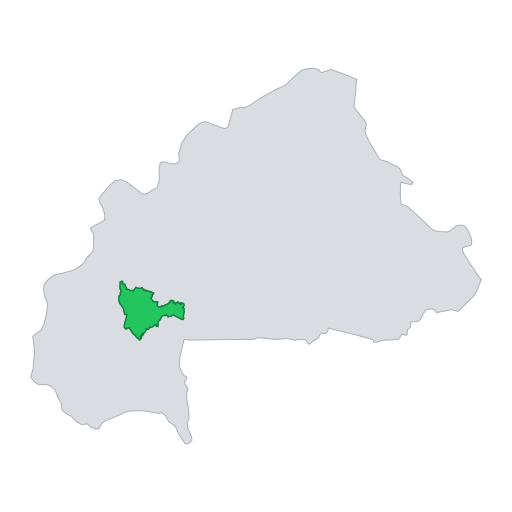 Tuy, Tuy, Burkina Faso shown in context
{"feature_id": "67063806B52798800731394", "entity_name": "Tuy", "entity_type": "district", "adm_level": 2, "iso_a3": "BFA", "parent_name": "Burkina Faso", "parent_adm1": "Tuy", "projection": "natural_earth1", "projection_center": [-3.482, 11.43], "detail": "fine", "context": "in_parent", "style": "filled", "palette": "green", "viewbox_px": 512, "rotation_deg": 0, "n_neighbors": 0, "source": "geoboundaries", "source_scale": "gbopen_adm2", "svg_char_len": 8636}
<svg xmlns="http://www.w3.org/2000/svg" viewBox="0 0 512 512"><path d="M396.8,339.6L382.1,340.3L376.8,342.1L373.6,342.2L373.4,340.6L373.1,339.7L354.5,334.5L341.6,331.5L328.4,328.1L327.7,331.3L325.8,333.3L322.9,333.5L320.9,333.0L319.6,335.4L317.5,338.7L314.4,340.3L311.4,342.2L309.8,344.0L308.5,344.0L305.5,339.9L301.5,339.5L294.0,340.2L290.7,339.1L286.1,338.5L275.3,339.4L257.9,337.7L255.1,338.6L254.3,339.3L237.2,339.5L218.3,339.7L202.5,339.9L188.7,340.1L188.7,339.4L184.3,339.3L183.8,340.7L179.9,357.2L179.4,366.2L181.5,371.8L183.9,375.4L186.5,376.8L186.7,378.9L184.6,381.5L184.8,384.1L187.3,386.9L187.9,389.7L186.6,392.8L186.9,400.0L188.8,411.5L188.9,419.0L187.1,422.4L187.9,428.2L191.4,436.5L192.0,440.0L190.7,441.6L187.9,443.7L185.1,443.7L181.7,438.7L180.3,436.4L177.6,431.4L175.3,426.3L172.2,424.1L169.1,422.0L165.4,415.6L161.8,412.5L158.1,413.4L152.6,412.2L141.4,410.6L129.5,411.0L124.5,412.5L119.6,414.9L107.2,420.0L102.3,422.6L98.6,429.1L94.4,428.9L90.2,426.8L87.5,423.9L81.9,424.6L76.4,421.7L71.1,416.1L67.2,414.2L62.2,410.2L60.9,402.5L57.7,397.0L54.9,389.5L50.6,386.1L45.6,384.3L38.8,384.7L34.3,381.7L30.7,377.3L31.7,373.5L33.3,368.0L33.5,362.8L34.5,354.3L33.9,343.7L32.7,336.4L36.5,333.3L40.8,330.5L43.6,325.5L46.4,314.2L47.6,304.5L46.7,300.9L45.3,298.0L44.1,293.8L43.5,288.7L44.3,284.2L47.6,280.1L51.7,276.6L54.7,274.9L62.5,273.2L72.2,270.6L77.8,267.7L81.9,264.8L84.2,262.5L86.6,257.7L90.3,254.1L93.2,250.4L93.7,240.0L93.6,234.1L91.5,230.9L90.3,228.1L104.7,220.1L104.8,214.4L102.8,208.0L100.0,202.9L99.0,198.4L103.0,193.2L106.5,189.3L109.1,186.0L114.8,180.9L120.7,179.6L126.0,181.5L141.8,193.5L144.5,194.2L147.8,193.3L151.9,190.2L157.3,187.7L159.3,179.7L159.1,168.0L160.4,162.6L163.2,161.7L172.3,163.9L174.6,164.0L177.3,163.3L179.2,161.2L179.1,157.4L178.7,154.1L181.6,143.2L187.0,135.0L197.9,124.8L201.3,122.7L205.3,121.7L224.8,128.7L228.0,127.0L232.7,109.6L238.0,107.9L244.4,107.6L248.5,106.1L250.6,104.9L259.9,98.3L276.2,89.3L285.0,85.4L286.8,84.0L293.0,77.6L301.4,70.3L306.7,68.8L314.1,68.3L318.7,69.5L320.0,71.6L321.5,72.6L331.1,69.5L344.9,74.5L356.9,79.3L356.1,82.4L356.1,87.9L355.1,96.5L353.9,106.9L358.9,113.6L364.8,120.8L366.4,123.6L364.9,130.7L366.0,134.8L369.2,141.8L374.5,150.6L380.0,159.6L383.7,160.8L387.3,161.5L389.5,163.2L392.7,164.7L395.9,165.8L398.7,167.7L400.4,169.7L402.7,175.3L408.9,179.0L413.2,182.6L411.5,184.5L406.1,183.7L401.1,182.1L400.5,184.8L400.3,195.0L401.1,203.6L402.3,204.7L407.4,206.3L419.5,217.4L430.4,227.8L434.1,230.6L440.2,231.6L446.9,232.0L449.8,231.1L456.3,225.8L459.8,225.2L463.0,225.4L464.8,226.2L467.9,230.5L470.9,237.0L471.8,241.8L471.5,244.4L470.5,245.4L465.2,246.6L462.9,247.6L462.3,249.0L463.1,252.2L464.2,254.3L470.1,263.7L478.7,276.4L481.3,279.6L479.8,283.4L475.6,293.3L472.4,297.4L458.2,311.4L451.2,309.7L436.5,312.6L434.3,309.4L430.9,308.9L426.6,309.5L425.1,310.7L424.6,312.1L423.1,314.0L420.5,319.6L418.4,321.0L415.8,321.8L412.6,321.7L410.7,322.4L410.7,325.2L410.1,327.6L408.0,328.8L407.1,331.5L407.3,334.1L406.0,335.3L403.2,334.6L401.6,333.9L400.1,337.3L398.2,339.6L396.8,339.6Z" fill="#d9dde1" stroke="#a8b0b8" stroke-width="1"/><path d="M142.3,287.9L142.1,287.8L141.9,288.0L141.6,287.8L141.0,288.2L138.9,288.3L137.4,288.0L135.9,287.3L135.8,287.5L135.7,287.8L135.4,288.1L135.2,288.6L134.6,289.2L134.4,289.5L134.0,289.8L133.7,290.3L133.4,290.6L133.1,291.0L132.6,290.6L131.8,290.3L131.2,290.4L130.8,290.6L130.3,290.6L129.9,290.5L129.7,290.2L129.4,289.9L129.0,289.6L128.2,289.5L126.4,289.0L126.5,288.9L126.6,288.5L126.4,287.5L125.6,286.9L125.6,286.6L125.2,286.1L125.3,285.6L125.1,284.5L124.4,284.1L123.9,283.9L123.2,283.9L123.0,283.7L122.5,283.5L122.4,283.2L122.8,282.4L122.8,282.0L122.8,281.8L122.6,281.4L122.4,281.4L122.2,281.2L121.5,281.2L121.2,281.5L120.8,281.8L120.5,281.9L120.3,281.9L120.5,282.6L120.2,282.9L120.0,283.3L119.9,287.1L120.0,287.7L120.0,288.4L120.2,288.7L120.1,288.9L120.5,289.5L120.9,291.4L120.3,292.7L120.2,293.1L120.2,293.5L120.4,294.7L120.4,295.0L118.8,296.2L118.8,297.0L119.0,299.9L118.9,300.7L119.6,303.2L123.5,308.5L124.7,314.4L127.0,314.5L124.2,325.4L124.2,327.2L124.7,327.7L124.9,328.1L125.0,328.6L125.7,328.9L125.9,329.1L126.2,329.1L126.6,328.9L126.8,328.4L127.2,328.5L127.4,328.3L128.0,328.2L128.4,327.9L128.7,327.9L128.8,327.7L129.0,327.7L129.0,328.1L129.2,328.3L129.7,328.1L129.9,328.2L129.8,328.6L130.0,328.7L130.0,329.1L130.3,329.2L130.4,329.5L130.9,330.2L131.0,330.4L131.2,330.5L131.2,330.8L131.3,330.8L131.3,331.2L131.4,331.5L131.7,331.7L131.9,331.9L132.0,332.3L132.6,332.9L132.6,333.1L132.8,333.2L132.9,333.5L133.2,333.6L133.2,333.9L133.5,334.1L133.6,334.3L133.9,334.4L134.3,334.8L134.6,334.9L134.9,335.1L135.1,335.3L135.6,336.0L135.8,336.0L136.0,336.4L136.4,337.1L136.4,337.3L136.6,337.4L136.8,337.8L137.1,337.9L137.9,338.4L138.4,338.3L138.7,338.6L139.3,338.9L139.3,339.0L139.3,339.3L139.1,339.3L139.3,340.0L139.9,339.9L140.0,339.7L140.0,339.3L140.1,339.2L140.2,339.4L140.5,339.3L140.6,339.1L140.6,338.9L141.1,338.5L141.1,338.2L141.2,337.9L141.3,337.8L141.3,337.7L141.6,337.6L141.6,337.2L141.3,336.4L141.2,336.4L141.0,336.6L140.6,336.9L140.3,336.5L140.2,336.3L140.8,335.9L140.7,335.5L141.0,335.3L141.4,335.3L141.8,335.2L142.0,335.3L142.0,334.9L141.8,334.7L141.7,334.5L142.3,333.6L142.7,333.2L143.0,333.3L142.7,333.8L143.0,334.3L143.1,334.9L143.4,334.7L143.4,333.8L144.7,332.2L145.3,331.7L145.6,330.9L145.9,330.6L145.9,330.3L146.2,330.1L146.2,329.7L146.0,329.2L146.3,328.7L146.6,328.6L147.0,328.4L147.7,329.2L148.5,329.2L149.3,328.2L149.5,327.7L149.6,327.1L150.6,327.2L151.4,327.3L152.6,326.8L153.7,325.8L154.1,325.4L154.5,324.6L155.1,324.5L155.4,324.7L155.5,324.9L155.9,325.0L155.9,325.3L156.1,325.2L156.1,325.8L156.3,325.9L156.4,326.2L156.6,326.3L156.9,326.4L157.0,326.1L157.2,325.9L157.3,325.6L157.8,325.6L158.0,325.8L158.0,325.4L158.3,324.1L158.0,323.5L157.9,322.6L158.2,321.8L158.5,321.4L160.1,319.9L160.5,319.2L161.8,316.5L162.0,316.2L162.4,316.0L163.6,315.5L165.2,315.5L165.8,315.2L166.3,314.7L167.4,315.9L167.8,316.5L167.9,316.9L168.2,317.0L168.6,316.7L169.4,316.4L171.2,316.3L172.1,315.3L172.8,315.0L173.2,315.0L174.0,315.2L174.7,315.5L175.1,315.9L175.6,316.2L177.4,317.1L178.2,317.6L178.6,317.6L178.9,317.9L179.5,318.2L179.7,318.5L180.4,318.8L181.2,319.2L181.7,319.3L182.1,319.2L182.8,319.5L182.9,319.3L183.1,319.3L183.4,319.2L183.7,318.5L183.6,317.7L183.4,316.5L183.4,315.7L183.8,314.1L183.8,313.5L184.2,312.0L184.2,311.3L184.0,310.1L184.1,308.6L184.0,308.4L183.7,308.0L183.3,308.1L182.9,308.0L182.7,307.6L182.8,307.2L183.5,306.6L183.8,306.1L184.0,305.7L184.2,304.8L183.7,303.9L183.3,303.4L183.2,303.3L182.9,303.2L182.7,303.1L182.4,303.4L182.1,303.5L181.7,303.3L181.5,303.0L181.2,302.7L180.8,302.7L180.6,302.9L180.6,303.0L181.0,303.6L181.0,303.9L180.9,303.9L180.8,304.2L180.6,304.0L180.2,304.2L179.9,304.0L179.5,303.6L179.2,303.5L179.2,303.2L178.9,302.7L178.2,302.1L177.9,302.0L177.9,302.5L177.9,302.9L177.1,302.4L176.7,302.4L176.2,302.9L175.9,302.9L175.7,303.3L175.4,303.5L175.4,303.8L175.2,303.6L174.9,303.3L174.9,303.0L174.3,302.8L173.8,302.8L173.7,302.9L173.6,302.7L173.4,301.9L173.7,301.6L173.9,301.3L173.7,301.3L173.1,301.3L172.9,301.0L172.9,300.7L172.6,300.7L172.2,300.9L171.7,300.3L171.2,300.7L170.8,300.6L170.3,300.7L170.3,300.8L170.6,301.2L170.4,301.7L170.0,301.8L169.8,301.6L169.7,301.7L169.8,301.9L169.7,302.1L169.4,302.4L169.4,302.8L169.0,302.9L169.0,303.3L168.4,303.5L168.6,303.7L168.4,303.8L167.8,303.9L167.6,304.1L167.4,304.3L167.2,304.4L166.8,304.3L166.3,304.5L166.2,304.7L165.9,304.8L165.6,304.8L165.1,304.9L164.7,305.3L164.3,305.4L164.0,305.7L163.8,306.0L163.7,306.0L163.4,306.1L163.2,306.2L162.6,306.0L162.4,306.1L162.0,305.8L161.7,305.7L160.9,306.4L160.5,306.8L160.3,306.8L160.2,306.9L160.0,307.1L159.5,307.0L158.6,307.0L158.3,306.9L158.2,306.7L158.0,306.3L157.4,306.0L157.1,305.4L157.0,305.0L157.1,304.9L157.5,304.7L157.4,303.9L157.5,303.2L157.6,302.9L157.8,301.9L156.9,301.8L156.7,302.0L156.2,302.0L155.9,301.6L155.3,301.7L153.9,301.7L152.7,301.2L152.8,300.6L152.7,300.3L152.3,300.1L151.6,299.4L151.3,299.3L150.6,298.0L150.6,297.9L150.9,297.8L151.3,297.8L151.7,297.1L152.0,296.8L152.2,296.0L152.1,295.7L152.3,295.1L152.7,294.7L152.8,294.4L153.2,294.1L153.6,293.6L153.7,293.3L153.8,293.0L153.4,292.8L153.0,293.1L152.4,293.0L151.7,292.1L151.3,291.9L151.2,292.0L150.9,292.2L150.6,292.2L150.2,291.9L149.6,291.7L149.3,291.5L149.2,291.7L148.9,291.4L149.1,291.3L148.2,291.1L147.6,290.7L147.1,290.9L147.0,291.1L146.7,291.1L146.4,290.9L146.5,290.7L146.4,290.6L146.1,290.7L145.9,290.5L145.4,290.5L145.4,290.4L145.3,290.2L145.2,290.3L145.0,290.5L144.8,290.4L144.5,290.2L144.2,289.8L144.0,289.5L143.6,289.4L143.5,289.5L143.4,289.2L142.6,288.5L142.3,287.9Z" fill="#22c55e" stroke="#15803d" stroke-width="1.5"/></svg>